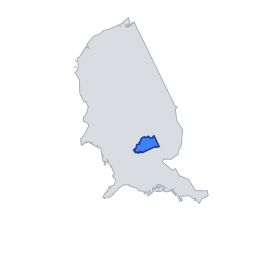 location of Illinois within United States of America, rotated 64°
{"feature_id": "USA-3546", "entity_name": "Illinois", "entity_type": "State", "adm_level": 1, "iso_a3": "USA", "parent_name": "United States of America", "parent_adm1": "", "projection": "mercator", "projection_center": [-89.31, 39.745], "detail": "fine", "context": "in_parent", "style": "filled", "palette": "blue", "viewbox_px": 256, "rotation_deg": 64, "n_neighbors": 0, "source": "natural_earth", "source_scale": "10m", "svg_char_len": 6670}
<svg xmlns="http://www.w3.org/2000/svg" viewBox="0 0 256 256"><g transform="rotate(64 128 128)"><path d="M200.5,96.2L213.7,94.9L219.3,84.0L224.2,85.9L224.2,92.6L227.0,97.0L222.0,98.6L221.7,99.7L220.9,98.2L219.7,100.8L215.8,102.5L213.1,108.8L215.2,111.5L216.7,111.2L216.3,110.0L216.8,110.5L216.9,111.9L212.7,112.7L211.9,111.3L211.5,113.2L206.7,113.7L203.0,116.1L203.4,114.7L203.1,113.8L202.1,117.1L203.1,117.7L202.7,120.4L200.2,123.9L197.7,121.7L199.3,119.5L197.5,121.1L198.2,123.5L199.2,124.9L199.4,126.4L196.3,132.0L197.3,128.5L194.9,125.2L196.5,121.6L194.1,122.7L194.9,127.9L192.7,126.4L191.9,126.5L192.6,124.9L192.6,124.4L191.8,125.7L191.7,126.8L195.2,128.8L194.4,129.7L192.9,127.9L192.3,127.6L194.2,129.7L195.1,130.2L194.5,131.4L193.5,130.4L195.1,132.4L194.7,132.7L193.9,131.7L191.8,131.2L194.4,133.1L196.1,133.0L197.7,137.7L196.3,134.1L196.7,136.4L193.6,135.9L195.8,138.2L196.9,137.6L195.5,139.6L192.5,138.9L194.3,140.0L192.8,141.0L194.6,141.8L191.3,142.2L189.5,145.5L186.4,146.4L180.4,152.3L179.6,151.6L177.4,157.0L177.2,158.3L178.1,162.3L182.2,173.9L180.7,179.9L178.6,180.3L176.5,177.1L176.1,174.4L173.1,171.2L174.1,169.8L172.6,169.9L173.3,165.8L169.7,161.8L164.1,162.7L163.2,160.3L157.7,160.1L158.4,159.2L157.4,160.1L154.9,160.5L154.9,158.7L154.5,160.0L146.9,160.4L150.1,161.3L149.0,163.0L151.4,164.6L150.2,165.5L147.5,163.3L147.3,165.0L143.6,164.3L141.6,162.1L140.3,163.2L134.9,161.5L131.7,163.9L132.5,163.2L130.8,162.6L130.0,165.5L126.7,167.4L127.4,166.8L125.3,166.5L126.0,167.5L123.5,168.7L122.5,171.9L121.4,171.4L122.4,172.3L122.6,175.1L123.6,176.9L122.8,177.5L116.8,175.3L115.5,171.1L109.0,162.5L105.7,162.0L102.6,165.4L98.7,163.1L96.9,159.1L91.6,154.4L85.6,154.3L85.6,156.2L75.9,156.2L63.2,150.5L55.0,151.3L53.8,148.2L50.3,145.2L42.9,142.9L42.9,140.6L36.6,130.3L36.7,129.2L38.0,130.6L37.2,128.3L39.9,128.1L34.8,128.3L30.3,118.3L31.2,112.9L29.6,106.6L30.9,102.5L31.4,90.2L34.1,90.5L31.2,89.9L31.9,86.5L30.9,86.5L29.0,79.3L35.6,80.5L34.4,84.3L36.4,81.6L36.3,84.8L34.7,85.6L35.9,85.7L37.1,84.4L37.4,81.2L35.6,76.1L130.4,76.1L130.4,74.1L132.2,77.4L142.9,80.9L153.6,79.7L168.1,88.6L168.7,90.9L173.6,94.5L175.0,103.0L171.6,109.7L173.2,111.9L185.7,106.6L185.2,103.5L186.3,103.0L193.3,102.8L200.5,96.2ZM208.1,115.0L210.2,114.7L202.9,116.6L208.9,114.3L208.1,115.0ZM36.1,79.2L37.0,81.3L37.0,81.6L35.7,80.1L36.1,79.2ZM123.5,176.4L122.7,173.9L122.7,172.4L122.8,173.9L123.5,176.4ZM222.5,98.8L222.5,99.8L222.1,99.6L222.5,98.8ZM141.6,162.9L141.8,163.5L141.2,163.0L141.6,162.9ZM45.8,145.4L46.6,145.0L45.8,145.4ZM44.9,145.2L44.6,145.6L44.3,145.2L44.9,145.2ZM214.6,112.9L214.0,113.5L213.8,113.3L214.6,112.9ZM123.2,171.1L122.7,172.2L123.8,170.0L123.2,171.1ZM181.0,170.1L181.8,172.4L180.9,169.9L181.0,170.1ZM50.1,147.4L50.5,148.1L50.0,147.5L50.1,147.4ZM181.1,180.3L180.4,181.0L181.5,179.5L181.1,180.3ZM197.9,139.2L197.2,140.2L197.8,137.9L197.9,139.2ZM35.2,77.5L35.2,78.1L34.8,77.8L35.2,77.5ZM126.1,168.0L124.9,168.5L126.1,167.8L126.1,168.0ZM216.6,113.1L216.5,113.8L215.9,113.6L216.6,113.1ZM50.1,149.2L50.4,150.0L50.0,149.3L50.1,149.2ZM124.6,169.0L124.1,169.3L124.5,168.8L124.6,169.0ZM199.1,127.5L198.2,128.9L199.2,127.0L199.1,127.5ZM131.4,164.4L130.6,164.9L131.7,164.1L131.4,164.4ZM177.5,157.6L177.4,158.6L177.3,157.9L177.5,157.6ZM194.9,141.9L194.6,142.1L195.4,141.4L194.9,141.9ZM166.1,162.5L165.2,163.0L164.8,162.9L166.1,162.5ZM154.6,160.4L154.4,160.5L153.8,160.5L154.6,160.4ZM175.1,174.5L175.2,175.1L174.9,174.3L175.1,174.5ZM152.1,161.7L152.0,162.3L152.0,161.2L152.1,161.7ZM179.0,181.8L178.5,181.9L179.2,181.7L179.0,181.8ZM202.5,120.9L202.1,121.6L202.6,120.6L202.5,120.9ZM196.6,140.4L196.2,140.6L196.6,140.4Z" fill="#d9dde1" stroke="#a8b0b8" stroke-width="1"/><path d="M146.1,124.4L145.9,124.4L145.7,123.9L145.7,123.7L145.6,123.4L145.6,123.2L145.5,122.9L145.4,122.7L144.5,121.9L144.4,121.9L144.4,121.7L143.4,120.8L143.4,120.6L143.3,120.4L143.2,120.2L143.1,119.9L143.1,119.7L142.9,119.4L142.9,118.7L142.9,118.3L142.9,118.1L143.0,117.9L143.3,117.7L143.3,117.4L143.4,117.2L143.2,117.0L143.2,116.9L143.3,116.9L143.5,116.7L143.9,116.6L144.0,116.5L144.1,116.4L144.3,116.1L144.3,115.8L144.4,115.7L144.8,115.2L144.8,114.8L144.8,114.6L144.7,114.4L144.5,114.1L144.4,114.1L144.3,113.9L144.3,113.6L144.4,113.4L144.4,113.2L144.5,113.1L145.7,112.9L145.8,112.8L146.0,112.6L146.4,112.5L146.6,112.5L146.6,112.4L146.8,112.2L146.9,111.9L146.9,111.7L147.0,111.6L147.1,111.4L147.3,111.3L147.4,111.2L147.5,110.9L147.5,110.6L147.6,110.3L147.6,110.2L147.5,109.9L147.4,109.8L147.3,109.7L147.0,109.4L146.9,109.4L146.7,109.2L146.6,108.9L146.6,108.7L146.2,108.4L146.0,108.2L145.9,108.2L146.5,108.0L147.1,108.0L147.7,108.0L149.5,108.0L150.1,108.0L150.7,108.0L152.6,108.1L153.2,108.1L153.8,108.1L154.4,108.1L155.0,108.1L155.6,108.1L156.9,108.1L157.5,108.1L158.3,108.1L158.2,108.4L158.1,108.8L158.1,109.2L158.0,109.6L157.9,110.1L157.8,110.7L157.7,111.1L157.6,111.5L157.4,111.5L156.6,111.5L156.6,112.3L156.6,113.0L156.6,113.7L156.6,114.3L156.6,115.0L156.6,115.6L156.6,116.3L156.6,117.0L156.6,117.6L156.5,118.9L156.5,120.2L156.5,120.9L156.5,121.5L156.5,122.1L156.5,122.3L156.3,122.4L156.3,122.5L156.2,122.6L156.3,122.8L156.3,123.0L156.1,123.2L156.1,123.4L156.2,123.5L156.3,123.6L156.3,123.8L156.4,124.0L156.5,124.0L156.5,124.3L156.5,124.6L156.6,124.8L156.6,125.0L156.5,125.3L156.4,125.3L156.2,125.5L156.1,125.8L156.1,126.0L155.9,126.2L155.7,126.3L155.8,126.4L155.8,126.5L155.7,126.5L155.5,126.8L155.5,127.0L155.4,127.0L155.4,126.9L155.3,127.0L155.2,127.1L155.0,127.3L154.9,127.3L155.0,127.4L155.0,127.5L154.9,127.8L155.0,127.9L155.0,128.0L154.9,128.0L154.8,128.3L154.8,128.5L154.7,128.8L154.5,128.7L154.6,128.8L154.8,129.0L154.7,129.0L154.8,129.1L154.8,129.3L154.7,129.4L154.5,129.6L154.4,129.7L154.4,129.8L154.5,130.1L154.6,130.4L154.6,130.5L153.9,130.7L153.7,130.8L153.4,130.8L153.3,131.0L153.2,131.1L153.2,131.3L153.2,131.5L153.3,131.6L153.4,131.8L153.4,132.0L153.3,132.3L153.1,132.3L152.8,132.1L151.8,131.7L151.7,131.6L151.3,131.7L151.2,131.8L151.1,132.1L150.9,132.4L150.9,132.5L151.0,132.6L150.9,132.7L150.7,132.5L150.7,132.4L150.4,132.3L150.5,132.4L150.5,132.5L150.4,132.6L150.2,132.4L150.2,132.2L150.0,131.9L149.9,131.8L149.9,131.7L149.7,131.5L149.7,131.3L149.8,131.2L150.0,130.9L150.0,130.7L149.9,130.6L149.8,130.4L149.7,130.3L149.7,130.2L149.7,129.9L149.7,129.7L149.3,129.5L149.2,129.4L149.1,129.1L148.9,128.9L148.7,128.9L148.4,128.6L148.2,128.5L148.0,128.4L147.8,128.3L147.7,128.2L147.4,127.9L147.2,127.8L147.2,127.7L146.9,127.4L146.8,127.2L146.8,126.8L146.8,126.7L147.0,126.4L147.2,125.9L147.3,125.6L147.4,125.3L147.4,125.1L147.5,124.9L147.6,124.7L147.4,124.4L147.1,124.2L146.9,124.2L146.7,124.1L146.4,124.1L146.2,124.4L146.1,124.4Z" fill="#3b82f6" stroke="#1e3a8a" stroke-width="1.5"/></g></svg>